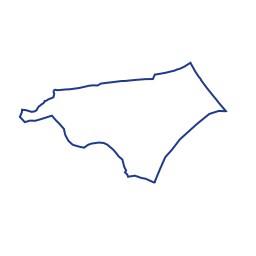 outline of Shubra Al-Khayma 1, Al Qalyubiyah, Egypt, rotated 250°
{"feature_id": "37247803B87868406017087", "entity_name": "Shubra Al-Khayma 1", "entity_type": "district", "adm_level": 2, "iso_a3": "EGY", "parent_name": "Egypt", "parent_adm1": "Al Qalyubiyah", "projection": "mercator", "projection_center": [31.255, 30.132], "detail": "fine", "context": "isolated", "style": "outline", "palette": "blue", "viewbox_px": 256, "rotation_deg": 250, "n_neighbors": 0, "source": "geoboundaries", "source_scale": "gbopen_adm2", "svg_char_len": 1967}
<svg xmlns="http://www.w3.org/2000/svg" viewBox="0 0 256 256"><g transform="rotate(250 128 128)"><path d="M149.4,213.0L151.4,212.2L151.5,212.1L156.6,210.9L158.7,210.4L160.0,210.2L160.9,210.1L163.8,209.6L166.3,209.2L167.9,209.0L166.4,201.9L166.1,198.8L165.9,196.5L166.2,194.6L166.0,191.2L166.2,189.9L167.0,182.6L167.8,177.8L168.7,172.9L169.0,171.4L165.5,168.1L166.1,166.3L166.4,165.6L168.1,160.6L170.4,152.3L171.8,146.9L173.2,141.3L174.3,138.2L176.2,129.9L177.6,124.0L179.0,117.8L178.4,113.8L180.1,109.6L181.0,106.1L181.6,101.2L182.3,95.8L184.2,87.0L184.8,84.8L185.5,82.8L186.7,78.1L187.8,74.2L188.7,73.1L188.8,71.7L188.1,70.8L187.2,70.4L185.5,70.4L184.5,69.9L183.3,68.9L182.4,68.5L182.3,67.5L182.2,66.5L182.2,65.5L182.2,64.1L182.1,62.7L181.8,61.6L181.5,60.4L181.9,59.0L180.7,57.9L180.1,56.6L179.8,54.8L179.1,53.1L178.8,51.7L177.4,49.6L176.0,48.3L175.7,46.7L175.6,45.5L176.1,43.1L178.1,40.2L179.4,38.7L180.5,36.5L181.4,34.7L179.2,33.7L177.6,32.3L175.4,30.2L173.8,30.9L172.5,31.5L171.3,32.0L170.3,32.4L168.8,33.0L168.5,38.3L166.5,43.4L166.1,49.4L165.9,54.4L165.6,60.7L160.1,62.8L157.5,64.0L155.5,65.0L152.2,66.2L149.1,67.5L147.2,67.2L143.3,66.7L141.1,66.9L139.9,67.1L136.4,67.6L132.1,69.8L130.8,70.7L129.6,72.4L128.4,74.0L126.3,77.0L125.3,78.9L124.5,80.0L125.8,84.5L125.9,86.9L125.7,89.1L125.0,92.2L124.4,95.3L123.4,97.5L122.3,100.0L119.4,102.9L116.5,104.5L113.7,106.2L112.0,107.0L108.7,108.2L105.8,109.1L104.7,109.4L103.5,110.1L100.3,111.9L96.0,111.5L92.4,111.2L88.7,111.7L87.4,110.0L84.7,111.3L83.5,111.4L82.1,111.4L81.9,112.9L81.7,114.0L81.3,115.6L80.9,118.0L79.6,119.7L78.1,121.5L76.5,123.5L75.5,125.1L74.3,127.2L67.3,134.4L67.2,134.4L68.7,135.1L77.9,143.5L87.8,153.0L92.7,162.1L99.6,172.9L104.0,183.8L105.3,187.0L108.4,194.7L113.4,209.2L113.0,219.0L110.3,225.7L110.3,225.8L111.9,225.2L115.3,223.9L116.1,223.6L117.9,222.9L120.8,221.9L121.7,221.6L123.9,220.9L129.3,219.0L137.7,216.1L147.7,213.1L149.4,213.0Z" fill="none" stroke="#1e3a8a" stroke-width="2"/></g></svg>